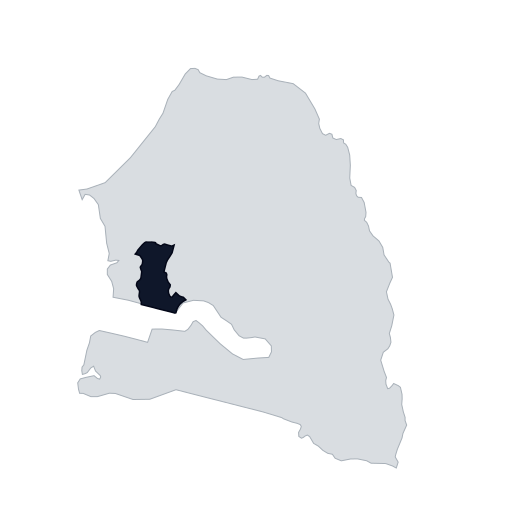 Kaolack highlighted on a map of Senegal, rotated 14°
{"feature_id": "SEN-765", "entity_name": "Kaolack", "entity_type": "Region", "adm_level": 1, "iso_a3": "SEN", "parent_name": "Senegal", "parent_adm1": "", "projection": "equal_earth", "projection_center": [-15.993, 13.984], "detail": "fine", "context": "in_parent", "style": "filled", "palette": "ink", "viewbox_px": 512, "rotation_deg": 14, "n_neighbors": 0, "source": "natural_earth", "source_scale": "10m", "svg_char_len": 4448}
<svg xmlns="http://www.w3.org/2000/svg" viewBox="0 0 512 512"><g transform="rotate(14 256 256)"><path d="M387.8,230.5L393.6,243.7L392.4,250.0L391.2,259.2L394.5,265.9L398.3,270.3L401.0,274.3L404.1,279.9L404.6,290.9L404.1,298.9L406.1,302.5L407.8,307.0L407.5,310.8L406.4,314.1L402.8,318.6L402.2,326.9L408.2,336.9L412.0,342.3L412.0,345.5L413.1,348.9L415.9,352.9L417.6,352.0L419.5,348.7L420.4,346.4L425.5,347.4L427.9,348.5L431.2,355.0L432.4,359.4L433.3,364.8L436.7,371.7L439.7,376.5L440.4,379.5L443.1,383.6L441.5,392.6L441.7,397.3L439.9,409.4L439.6,415.2L439.7,417.3L443.8,421.6L443.4,427.8L439.3,426.7L432.1,426.0L417.8,429.2L412.9,427.9L403.5,428.3L396.8,430.1L388.3,434.1L381.7,433.1L378.1,429.9L373.4,430.1L368.1,428.5L362.5,425.4L357.3,423.9L351.8,418.3L349.2,417.3L347.3,418.7L345.8,420.6L344.2,421.8L341.2,420.7L340.0,416.9L341.0,413.2L341.2,410.5L339.8,408.9L336.4,408.4L331.0,408.4L322.1,407.3L320.1,406.6L300.3,405.6L279.8,405.5L262.5,405.4L240.5,405.3L225.1,405.2L210.7,405.1L199.6,412.6L187.6,420.7L171.4,425.0L152.8,423.4L146.9,424.6L140.7,428.2L136.2,430.8L129.8,432.4L121.5,431.1L118.1,431.9L116.0,428.2L113.7,422.2L115.2,417.8L120.2,415.0L127.8,411.3L131.8,413.2L134.1,413.3L134.6,410.9L133.8,409.7L128.1,406.4L125.1,402.2L122.7,404.7L120.5,409.9L118.8,411.4L116.2,412.9L114.7,409.4L114.1,405.9L115.3,403.3L114.7,388.4L115.4,380.5L115.0,373.6L118.6,369.0L122.0,366.2L135.3,365.9L147.7,365.7L159.6,365.8L171.7,366.0L172.9,352.1L176.8,351.0L182.5,349.6L193.2,347.9L205.2,346.3L207.7,343.6L209.7,339.0L210.9,334.9L213.4,333.1L216.7,334.5L221.1,336.7L225.6,340.0L230.9,343.1L234.3,345.1L242.6,349.9L256.9,356.7L268.6,359.5L282.7,354.5L292.9,351.3L294.2,345.3L292.6,339.5L285.0,334.2L274.6,334.8L271.5,336.2L266.6,338.0L263.7,338.7L258.9,337.5L252.7,332.9L248.8,328.2L243.3,326.1L236.9,323.9L226.5,314.4L221.1,312.7L216.0,312.2L206.1,314.1L196.6,319.2L191.5,330.7L181.9,330.5L161.5,330.2L142.8,329.8L127.3,330.6L125.8,322.2L122.1,315.5L116.2,309.9L114.9,304.6L116.9,300.0L122.7,296.2L124.0,293.5L121.0,293.9L116.4,296.3L113.4,296.4L113.0,289.1L108.0,279.7L102.3,263.7L95.9,257.2L90.6,244.3L84.9,239.4L79.8,237.1L75.3,237.5L73.7,243.4L68.2,234.9L75.8,231.9L91.9,221.3L110.4,190.9L127.0,154.9L129.1,146.4L131.2,140.0L132.5,125.3L134.9,116.6L137.1,114.9L139.9,108.2L143.3,96.5L147.1,90.0L151.4,88.7L154.8,89.2L157.1,91.7L164.1,93.2L175.7,93.7L184.6,92.0L190.9,87.9L199.2,85.8L209.4,85.8L214.8,84.1L215.4,80.7L216.7,79.7L218.8,81.0L220.9,80.5L222.8,78.1L224.6,77.9L226.5,80.0L235.1,80.6L250.4,79.8L264.6,86.0L277.6,99.1L284.4,107.9L284.8,112.3L287.0,116.7L290.9,121.2L294.4,122.0L297.6,119.2L300.2,119.5L302.0,122.9L305.7,123.6L309.9,121.5L312.8,122.2L313.3,124.3L314.0,125.3L316.0,125.8L318.7,128.4L322.5,135.4L325.6,145.2L328.1,157.7L331.2,164.5L335.1,165.6L337.4,168.2L337.8,171.2L339.0,173.2L340.9,174.3L344.2,173.7L348.0,177.9L352.2,187.1L352.9,191.2L352.3,193.5L352.5,195.1L355.3,196.6L357.9,199.7L360.1,204.2L364.7,208.2L371.7,211.7L376.9,217.0L380.0,224.0L386.5,229.9L387.8,230.5Z" fill="#d9dde1" stroke="#a8b0b8" stroke-width="1"/><path d="M192.2,326.2L192.1,327.3L192.0,330.5L191.0,331.0L188.0,330.9L184.2,330.9L180.4,330.9L176.7,330.9L172.9,330.9L169.1,330.8L165.3,330.8L161.5,330.8L157.7,330.8L156.4,330.8L156.2,330.2L155.9,328.6L155.1,327.2L153.1,324.8L152.6,324.0L152.2,323.2L152.0,322.0L151.7,319.3L151.5,318.3L151.1,317.6L150.7,317.2L149.7,316.4L147.8,314.3L147.2,313.5L147.0,312.8L146.9,312.1L146.9,310.9L147.0,310.3L147.1,309.7L147.5,309.2L148.4,308.2L149.1,307.0L149.4,306.4L149.5,305.8L149.6,305.1L149.6,304.5L148.9,298.9L148.5,298.1L147.8,297.2L146.5,295.1L146.5,294.4L146.7,293.8L147.3,292.6L147.5,291.9L147.6,291.0L147.5,290.0L147.3,288.2L146.9,287.3L146.5,286.7L145.6,285.8L143.9,284.3L143.5,283.9L143.2,283.7L142.9,283.6L139.0,283.4L139.4,283.0L138.5,283.0L139.3,281.4L140.0,278.7L143.0,272.7L144.7,270.1L145.4,269.4L146.0,269.0L147.9,268.7L151.6,267.7L154.7,267.3L155.3,267.4L155.3,267.8L155.6,268.2L160.8,269.3L162.0,268.7L163.2,267.2L164.4,266.5L167.4,266.7L171.9,266.8L173.9,265.2L173.8,273.2L172.7,276.7L171.1,281.2L170.5,284.2L170.5,289.5L170.5,293.7L173.1,294.3L174.0,295.8L174.2,297.8L174.9,299.6L177.1,302.6L179.8,304.7L180.0,306.8L179.3,308.8L179.3,310.9L180.2,313.3L182.0,315.7L183.5,316.6L184.6,316.0L185.7,313.6L187.1,310.9L191.3,313.3L193.7,313.6L195.5,313.6L198.6,315.5L196.0,318.0L194.1,320.7L193.4,322.1L192.8,323.8L192.3,325.6L192.2,326.2Z" fill="#0f172a" stroke="#020617" stroke-width="1.5"/></g></svg>